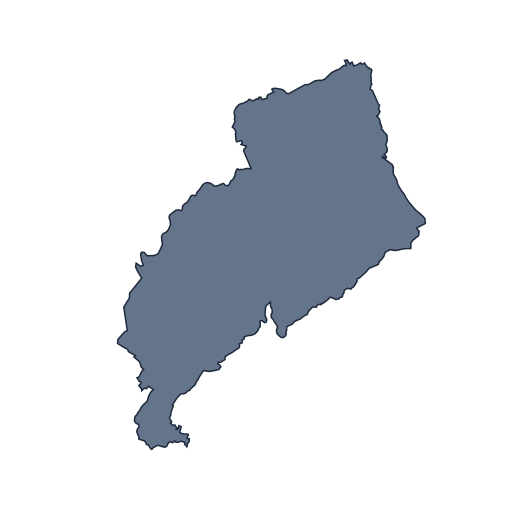 the district of Coacoatzintla, Veracruz, Mexico, rotated 246°
{"feature_id": "50627088B62702999552661", "entity_name": "Coacoatzintla", "entity_type": "district", "adm_level": 2, "iso_a3": "MEX", "parent_name": "Mexico", "parent_adm1": "Veracruz", "projection": "mercator", "projection_center": [-96.952, 19.681], "detail": "fine", "context": "isolated", "style": "filled", "palette": "slate", "viewbox_px": 512, "rotation_deg": 246, "n_neighbors": 0, "source": "geoboundaries", "source_scale": "gbopen_adm2", "svg_char_len": 6113}
<svg xmlns="http://www.w3.org/2000/svg" viewBox="0 0 512 512"><g transform="rotate(246 256 256)"><path d="M232.5,93.9L224.5,99.4L223.8,100.3L222.5,100.7L220.9,100.9L220.6,100.5L214.1,105.3L213.5,103.4L206.5,106.7L201.4,105.9L198.0,107.2L197.7,105.5L193.2,100.1L193.2,97.7L190.6,98.2L190.5,98.5L189.4,98.6L189.1,98.2L187.5,99.7L186.5,99.1L185.7,98.2L186.0,97.8L185.3,96.3L181.0,97.4L179.4,96.8L180.3,99.1L180.5,100.7L180.2,100.9L179.3,102.0L180.8,104.7L175.7,107.9L175.3,107.4L175.0,105.4L173.3,102.9L171.7,101.2L171.8,101.0L167.7,97.6L166.4,93.9L166.1,92.8L165.6,92.0L164.5,89.6L162.1,86.8L161.3,85.1L159.5,82.6L158.8,80.7L158.3,80.3L158.2,79.9L155.3,78.0L153.5,77.9L151.7,78.6L150.2,80.0L147.7,80.0L146.1,77.3L144.5,75.9L143.0,75.5L138.2,75.3L137.3,75.0L136.8,74.5L136.1,74.7L132.5,78.9L129.7,79.6L128.5,79.1L127.1,81.0L124.3,81.1L122.2,81.7L121.7,82.1L122.5,83.7L123.1,87.2L122.9,89.1L121.9,90.8L121.1,91.3L119.7,93.5L119.0,93.8L118.3,95.7L118.7,97.3L119.2,98.0L120.6,99.5L121.4,101.1L120.5,103.0L119.8,103.3L119.4,104.1L120.0,106.2L119.5,106.0L118.0,108.0L117.5,109.5L117.1,112.7L116.5,113.1L114.6,115.2L114.3,115.2L113.3,114.2L109.8,115.2L110.7,116.1L112.7,117.2L113.2,118.9L114.4,119.9L116.2,120.7L117.3,118.7L118.2,119.0L118.3,119.4L119.9,121.3L120.9,121.5L121.1,120.7L121.6,120.3L122.3,118.5L124.0,116.1L124.3,115.5L126.0,114.7L130.6,118.3L131.8,117.0L132.4,116.6L129.6,114.2L130.1,112.6L131.1,113.8L134.4,113.1L134.6,113.2L135.0,112.2L134.8,111.4L138.2,109.8L138.5,111.2L138.8,111.5L143.5,111.1L145.0,113.2L147.8,114.8L152.9,119.6L153.8,118.9L158.5,126.1L160.6,131.4L160.6,131.9L159.8,133.1L159.3,135.7L160.5,139.2L160.2,140.7L161.2,142.0L163.1,148.0L165.7,150.8L166.7,152.9L167.8,154.0L169.4,156.2L172.7,161.4L169.7,165.9L168.4,170.7L167.4,175.9L169.1,178.8L171.6,178.4L172.9,177.2L174.3,178.5L173.3,180.1L174.0,185.5L176.5,186.8L177.2,190.2L177.5,195.0L178.3,198.4L178.9,203.0L180.3,204.4L182.6,205.0L182.3,208.1L184.7,209.1L185.0,211.5L186.7,211.9L186.7,215.8L185.5,219.3L185.2,223.1L186.7,226.8L188.9,229.2L189.7,231.1L195.0,233.3L194.9,234.9L191.7,236.7L191.3,238.2L193.2,239.9L198.4,240.2L204.9,243.7L206.6,245.4L208.1,250.5L204.5,248.9L200.3,248.9L197.8,247.8L196.0,245.8L193.3,245.0L191.1,245.9L188.6,246.0L183.1,247.0L179.1,244.1L176.8,243.6L173.7,244.6L171.3,245.9L170.6,247.3L170.5,249.0L171.1,250.5L172.4,252.0L173.6,252.1L176.0,254.0L177.4,254.5L178.7,255.4L179.0,256.6L178.9,261.2L180.4,264.2L180.6,267.2L180.4,270.5L181.5,274.7L181.8,277.1L181.7,278.8L182.1,279.6L183.1,280.1L184.7,282.8L186.4,287.2L185.0,289.6L184.7,290.6L186.2,291.9L186.4,293.1L185.1,295.9L186.1,296.5L185.4,297.6L187.0,304.1L188.2,307.2L183.9,311.2L183.0,314.2L183.9,315.2L183.6,318.3L185.9,320.0L186.2,321.1L188.4,322.4L189.2,324.4L189.1,326.6L187.4,328.9L187.2,329.7L188.0,330.5L187.9,331.9L189.5,335.1L190.4,335.8L191.0,337.1L192.5,338.4L193.7,338.9L193.9,340.1L193.8,341.7L194.6,343.5L195.9,347.9L197.0,350.9L198.8,354.2L198.5,364.1L200.7,366.5L201.9,369.5L203.7,372.7L206.0,374.6L207.0,376.6L207.1,381.5L205.1,384.1L203.8,387.2L203.1,391.1L202.1,395.3L199.8,400.4L202.0,401.6L204.5,402.5L206.7,405.7L206.8,407.2L207.8,409.6L207.8,411.3L209.2,413.5L210.8,413.9L211.8,415.0L213.0,414.9L214.4,414.4L216.3,414.4L216.8,423.9L221.2,425.4L221.8,425.4L223.0,425.1L226.3,423.9L232.6,420.7L242.5,417.7L248.6,416.6L250.9,416.6L254.3,416.1L255.8,415.5L262.9,414.7L264.5,414.7L266.7,415.3L268.5,415.4L272.2,415.2L274.5,414.8L276.5,415.3L281.4,417.7L281.6,417.3L283.9,417.7L295.0,411.4L295.1,411.8L292.6,414.6L293.0,415.3L294.3,415.4L295.5,414.9L296.4,414.2L297.9,417.9L298.6,418.6L300.2,419.4L304.1,419.9L305.0,419.9L307.4,422.3L309.6,423.5L312.5,424.6L313.5,424.7L318.0,423.1L319.5,423.1L320.7,422.1L322.8,423.4L323.2,423.3L324.4,423.6L325.8,423.5L326.1,423.0L326.6,423.0L327.1,423.7L328.4,423.9L329.5,424.3L331.8,424.4L333.4,423.7L334.5,422.9L334.8,423.1L334.8,424.7L337.1,427.6L337.8,428.1L338.0,427.8L340.0,427.9L340.5,427.6L341.0,428.3L341.5,428.5L343.1,430.0L343.6,430.2L344.8,429.6L359.7,429.6L360.6,429.3L361.2,428.5L362.3,428.1L365.2,430.6L365.9,431.8L367.9,431.7L371.5,433.6L373.9,434.2L375.6,435.1L378.8,437.5L379.7,437.3L380.8,436.0L382.0,435.8L382.4,434.9L385.4,434.0L388.2,433.6L387.9,430.9L390.0,430.1L389.7,427.4L389.5,427.0L389.4,426.1L390.0,422.6L394.0,422.7L394.0,421.5L393.1,419.9L397.1,419.1L398.0,419.2L398.6,416.4L395.3,416.6L394.5,415.9L393.3,415.7L394.0,414.8L394.3,413.5L393.8,411.3L393.1,409.3L392.9,406.9L393.1,403.9L392.9,401.2L392.6,398.9L389.6,390.9L389.7,387.5L391.1,384.6L392.0,381.2L391.3,373.8L392.5,370.6L391.9,362.0L391.0,352.5L391.5,350.8L393.3,349.7L396.0,348.8L397.7,347.3L401.1,342.4L401.9,340.5L402.2,339.0L401.8,338.2L398.6,339.0L398.4,332.4L397.6,331.1L395.5,330.1L396.2,327.7L396.2,325.3L399.2,325.0L399.8,323.2L398.0,322.2L399.4,320.8L398.9,316.4L400.7,314.6L402.0,313.6L400.9,310.9L401.0,308.5L400.5,306.5L401.2,305.1L401.3,302.2L401.0,301.2L400.8,301.1L400.1,299.7L400.3,299.3L397.3,295.3L394.9,293.9L392.7,293.7L389.2,291.7L387.3,291.5L383.4,286.8L380.6,288.1L377.0,288.0L376.3,287.0L370.2,284.9L368.2,284.8L367.3,289.6L365.2,289.7L364.0,287.6L360.2,291.8L358.5,289.3L358.4,288.3L356.8,287.5L337.7,287.1L338.6,285.5L340.0,282.5L340.2,279.7L341.2,277.5L341.5,275.9L343.0,274.8L342.9,273.6L340.8,271.3L337.4,269.0L336.6,267.6L335.2,266.0L334.9,263.7L332.7,261.1L331.7,259.3L332.2,257.7L333.5,256.4L335.3,256.0L335.7,255.2L335.8,252.3L335.7,250.7L336.1,248.2L336.8,246.4L340.0,244.8L341.7,243.2L343.0,241.1L343.3,238.7L342.8,236.4L340.1,232.2L338.5,228.6L337.2,226.9L335.9,226.0L335.8,224.7L337.1,223.3L337.5,222.2L337.2,220.8L334.5,217.3L333.1,214.8L332.4,211.3L331.6,209.4L328.3,207.4L327.8,205.8L329.8,204.0L330.4,201.4L328.5,193.6L326.3,192.1L322.8,191.9L319.0,190.4L315.5,186.4L314.3,183.5L314.2,180.3L312.5,177.7L308.8,176.4L304.7,175.3L301.7,172.1L298.0,167.6L297.7,165.0L298.1,162.4L300.6,156.5L304.7,155.4L305.9,153.3L305.4,152.0L304.5,151.3L298.1,149.6L293.4,149.4L293.7,146.4L298.2,143.6L294.8,141.5L290.4,141.6L282.3,142.6L273.4,125.4L269.2,123.3L263.1,114.4L240.3,108.1L240.1,105.0L236.0,96.0L232.5,93.9Z" fill="#64748b" stroke="#1e293b" stroke-width="1.5"/></g></svg>